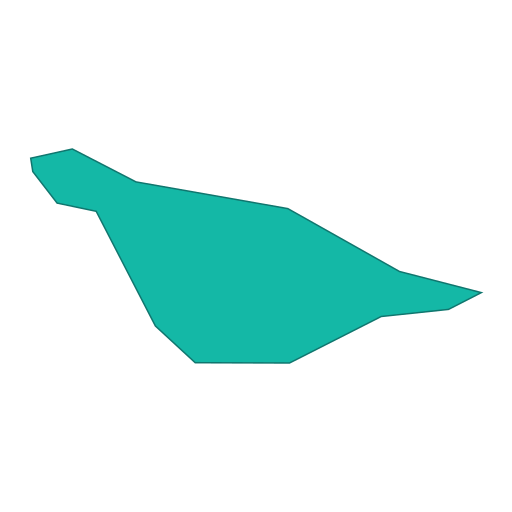 Heard Island and McDonald Islands, Robinson projection
{"feature_id": "HMD", "entity_name": "Heard Island and McDonald Islands", "entity_type": "country or territory", "adm_level": 0, "iso_a3": "HMD", "parent_name": "Seven seas (open ocean)", "parent_adm1": "", "projection": "robinson", "projection_center": [73.51, -53.075], "detail": "fine", "context": "isolated", "style": "filled", "palette": "teal", "viewbox_px": 512, "rotation_deg": 0, "n_neighbors": 0, "source": "natural_earth", "source_scale": "50m", "svg_char_len": 307}
<svg xmlns="http://www.w3.org/2000/svg" viewBox="0 0 512 512"><path d="M381.2,316.5L289.5,363.0L195.2,362.7L155.4,326.0L96.2,211.3L57.1,203.1L32.8,171.6L30.7,158.2L72.3,149.0L136.0,181.9L287.8,208.6L399.5,271.5L481.3,292.6L448.5,309.4L381.2,316.5Z" fill="#14b8a6" stroke="#0f766e" stroke-width="1.5"/></svg>